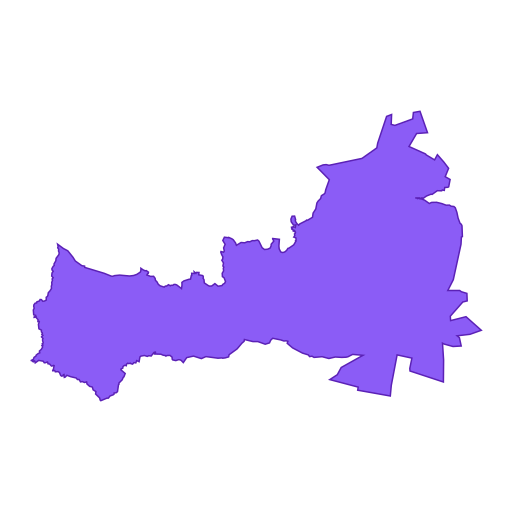 Temascaltepec, México, Mexico
{"feature_id": "50627088B67806345736570", "entity_name": "Temascaltepec", "entity_type": "district", "adm_level": 2, "iso_a3": "MEX", "parent_name": "Mexico", "parent_adm1": "México", "projection": "albers", "projection_center": [-100.05, 19.108], "detail": "fine", "context": "isolated", "style": "filled", "palette": "violet", "viewbox_px": 512, "rotation_deg": 0, "n_neighbors": 0, "source": "geoboundaries", "source_scale": "gbopen_adm2", "svg_char_len": 5995}
<svg xmlns="http://www.w3.org/2000/svg" viewBox="0 0 512 512"><path d="M317.1,167.3L329.3,179.7L325.7,189.8L325.1,192.8L324.4,193.8L321.4,195.7L320.6,198.6L318.1,201.1L316.9,203.0L315.8,208.9L313.1,213.1L312.5,217.3L307.6,220.2L306.5,220.1L306.1,220.7L299.8,223.9L298.6,225.2L296.9,223.6L295.6,221.6L295.3,220.0L295.6,219.6L294.6,216.1L292.1,216.2L290.9,219.1L291.2,221.8L293.4,224.9L294.4,225.2L295.8,224.9L295.3,227.5L293.5,226.6L293.1,226.6L293.0,227.2L291.5,227.2L291.6,228.2L292.3,228.8L292.0,229.2L293.0,229.7L293.3,231.1L294.4,230.6L294.5,231.3L295.0,231.2L295.5,232.3L295.1,232.9L295.2,233.4L294.5,233.9L294.8,235.6L293.8,237.1L295.9,237.9L296.1,240.1L295.5,240.8L295.9,241.2L293.7,244.9L289.0,248.1L287.9,248.4L286.9,250.0L285.3,251.6L283.9,252.3L282.2,252.5L280.7,251.9L279.2,248.9L278.9,246.0L279.4,239.3L272.7,238.5L272.6,238.8L273.8,241.1L271.2,244.2L271.1,245.9L270.1,248.1L267.6,249.2L264.5,249.5L262.1,247.7L258.9,241.1L257.6,240.0L254.4,240.7L252.3,240.6L249.8,241.8L247.6,241.6L244.7,242.8L241.1,242.5L236.4,245.3L235.6,243.0L233.3,239.8L231.9,238.8L228.7,237.4L228.5,237.7L224.4,237.2L222.8,240.5L225.1,244.3L223.6,247.9L224.3,251.0L223.6,252.2L221.0,251.5L220.8,252.2L221.7,254.7L222.9,256.9L222.6,259.3L221.8,260.2L223.5,263.0L222.9,266.0L223.8,267.1L223.3,268.4L223.6,270.9L222.2,273.3L222.4,276.6L224.1,277.8L225.5,281.6L224.6,283.3L222.8,284.4L222.0,285.6L218.1,286.2L214.9,283.6L211.7,286.0L209.5,286.1L208.3,285.6L204.3,282.9L204.0,279.7L203.1,278.3L203.3,277.0L203.1,276.0L202.4,275.5L198.7,274.8L199.0,272.5L196.5,272.4L196.0,273.3L194.2,271.8L194.5,273.5L191.7,273.3L191.7,275.5L191.3,275.6L190.5,279.2L189.2,279.2L183.9,280.9L181.9,282.4L182.0,285.1L181.5,288.6L176.7,284.9L175.2,284.4L174.0,284.4L172.8,285.3L171.0,285.3L170.3,285.8L168.5,284.7L166.5,286.1L165.3,286.1L164.2,287.1L160.1,285.8L158.3,284.3L156.9,281.7L155.5,280.4L155.1,278.3L153.6,276.3L150.6,276.4L146.9,275.0L147.7,273.6L148.2,273.4L148.5,272.2L146.3,270.6L145.2,270.8L143.2,269.9L140.9,268.3L140.9,270.5L140.3,272.1L136.8,274.4L133.6,275.5L129.6,276.0L119.7,275.1L114.6,275.6L112.6,276.3L111.2,276.1L104.2,273.3L84.7,267.4L84.6,266.1L81.9,265.7L75.3,261.0L73.0,257.3L67.8,250.8L63.4,248.5L57.6,244.2L58.1,246.4L57.7,247.8L58.7,249.2L58.5,251.0L59.2,252.9L58.8,254.7L56.1,258.3L55.8,260.8L54.0,264.0L54.2,265.5L53.2,266.3L51.9,268.6L52.0,269.9L53.2,271.3L52.0,273.0L51.7,276.1L53.2,277.7L52.1,279.0L52.5,280.4L51.7,282.4L51.9,284.4L51.3,286.3L51.5,288.4L50.1,290.7L48.3,292.7L47.8,295.6L47.3,296.5L46.2,297.3L46.3,300.0L44.6,301.0L42.8,301.3L41.4,299.6L40.1,299.5L39.3,301.0L36.9,301.8L36.6,302.9L35.1,303.2L33.9,304.8L33.7,306.4L34.2,308.2L33.3,310.0L33.7,314.8L35.7,315.4L35.6,316.2L34.1,317.0L34.1,317.4L36.3,317.0L36.5,318.0L38.0,319.6L37.9,321.5L39.0,321.3L39.3,321.7L38.4,324.3L38.8,327.9L38.9,328.8L41.4,330.1L41.4,331.9L42.3,332.8L42.4,333.4L41.8,334.4L42.9,335.3L41.5,336.9L43.0,338.4L42.6,339.3L42.6,340.8L43.2,342.6L43.0,343.2L42.2,343.8L42.9,345.0L41.9,345.5L42.6,346.8L42.5,347.3L41.3,349.4L39.4,351.1L39.8,352.8L38.2,353.5L36.2,355.1L35.9,356.1L34.0,357.4L33.4,359.3L30.7,360.7L31.7,360.5L33.2,361.8L33.9,360.8L34.6,360.9L35.2,362.9L38.7,360.4L43.2,361.2L44.3,362.8L45.6,362.7L47.2,362.0L47.6,362.1L48.0,363.8L49.6,364.0L51.2,365.8L51.8,366.1L53.5,365.4L54.1,365.6L53.4,369.3L52.7,370.3L52.8,370.8L54.7,370.5L55.3,371.8L58.2,371.6L59.5,372.6L60.6,375.3L61.5,376.1L62.7,375.9L63.4,374.7L64.0,374.5L64.3,377.4L65.2,377.1L66.9,375.3L70.7,376.7L76.2,378.0L77.4,379.5L79.1,379.5L80.5,381.9L82.4,381.6L84.5,382.5L86.6,381.9L87.0,384.0L89.7,386.4L92.0,386.9L92.4,387.3L93.1,389.8L95.9,391.6L95.6,394.0L99.6,397.9L100.2,400.1L100.8,400.7L106.8,398.2L108.4,398.1L110.0,396.0L113.2,394.8L114.0,394.2L114.1,393.0L116.3,392.7L117.5,391.6L118.5,384.7L119.0,384.2L118.9,383.1L122.2,379.8L123.2,377.4L123.9,376.9L125.2,373.5L120.9,369.8L121.0,369.0L122.8,368.1L122.9,366.8L123.5,366.0L124.9,365.3L126.3,365.7L126.5,364.2L127.8,363.2L128.7,363.6L130.5,363.2L130.9,363.7L132.6,364.1L133.9,362.6L135.8,362.9L136.7,360.6L139.1,361.7L139.9,357.0L140.9,356.1L144.4,355.5L147.3,356.4L148.8,355.7L151.2,356.0L153.9,352.5L155.0,352.1L155.4,352.1L155.5,352.7L154.3,353.7L154.4,354.0L160.9,354.2L163.1,355.2L165.6,355.6L165.9,356.1L167.1,355.5L170.0,355.4L172.1,357.2L172.2,359.2L172.7,359.9L175.8,360.6L178.4,359.7L180.0,359.8L181.2,360.4L183.3,362.6L186.7,357.6L193.5,356.1L201.4,358.6L205.9,356.6L218.0,358.2L221.9,357.9L222.6,358.2L225.1,357.9L228.6,356.9L229.1,354.7L237.1,348.9L241.9,343.2L244.1,341.3L244.4,339.5L253.0,341.6L257.9,341.6L265.2,344.2L269.5,342.9L270.7,340.2L272.7,338.3L280.7,339.9L283.9,341.0L286.1,340.8L287.9,341.3L287.2,343.3L292.6,347.9L302.5,353.1L308.3,354.9L309.6,356.6L312.0,356.2L314.0,357.4L322.1,356.7L328.9,358.5L335.3,357.0L341.7,357.4L346.0,357.2L347.9,356.8L352.6,354.4L363.0,355.3L341.2,367.5L337.3,374.7L329.8,379.6L358.2,387.1L357.7,390.2L390.3,396.0L391.3,385.3L397.1,354.9L411.9,358.1L409.8,368.4L410.0,371.0L443.4,382.0L443.6,359.9L442.5,343.2L444.3,344.1L453.0,346.5L461.2,346.0L459.4,337.7L457.1,335.8L470.0,334.3L481.3,330.3L466.0,316.7L450.6,320.6L450.3,316.2L462.8,302.0L467.2,300.9L466.9,293.4L461.3,291.7L459.7,290.5L447.8,290.5L453.3,279.7L461.0,244.3L461.4,237.0L462.4,236.6L462.0,225.8L461.3,224.3L460.0,223.2L458.1,218.1L456.9,212.4L455.3,207.8L453.9,206.5L451.1,206.2L449.4,205.1L446.1,205.2L441.9,203.6L436.6,202.3L431.6,202.4L429.3,203.5L424.5,200.1L421.4,198.9L419.9,198.8L419.0,198.3L417.4,198.6L417.1,198.1L415.2,197.9L419.6,197.9L420.0,198.7L421.8,197.9L423.4,198.2L426.5,196.0L431.0,194.2L432.1,194.4L437.3,190.7L441.7,190.8L442.3,190.0L444.3,190.4L444.7,187.5L447.8,187.3L448.7,186.8L450.1,179.5L445.2,176.7L448.6,168.3L443.8,162.0L437.4,154.7L434.6,159.9L426.2,154.9L425.6,154.0L409.0,146.5L416.6,133.5L427.5,132.7L420.0,111.3L413.4,112.5L412.7,118.9L394.9,125.4L391.2,124.4L391.6,114.5L386.6,116.4L377.7,143.1L376.8,147.9L362.0,158.4L329.0,165.3L326.2,164.6L323.1,164.9L317.1,167.3Z" fill="#8b5cf6" stroke="#5b21b6" stroke-width="1.5"/></svg>